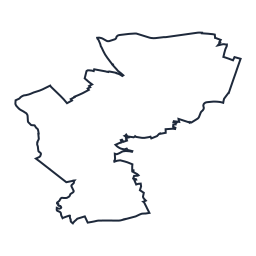 outline of Sint-Michielsgestel, Noord-Brabant, Netherlands
{"feature_id": "6326949B43570757330374", "entity_name": "Sint-Michielsgestel", "entity_type": "district", "adm_level": 2, "iso_a3": "NLD", "parent_name": "Netherlands", "parent_adm1": "Noord-Brabant", "projection": "natural_earth1", "projection_center": [5.374, 51.651], "detail": "fine", "context": "isolated", "style": "outline", "palette": "slate", "viewbox_px": 256, "rotation_deg": 0, "n_neighbors": 0, "source": "geoboundaries", "source_scale": "gbopen_adm2", "svg_char_len": 5503}
<svg xmlns="http://www.w3.org/2000/svg" viewBox="0 0 256 256"><path d="M125.9,219.0L135.7,216.4L139.7,214.5L141.5,213.8L142.0,213.7L142.9,213.6L145.6,213.5L146.4,213.4L149.4,212.9L146.7,207.6L146.6,207.3L146.4,206.9L144.1,202.4L143.6,201.9L143.3,201.7L143.8,201.5L145.8,200.6L143.7,198.4L143.0,196.9L143.0,196.6L143.8,192.8L139.9,190.2L141.1,186.4L140.7,183.6L139.3,183.8L139.2,183.7L138.5,183.8L136.7,184.3L136.2,184.5L134.2,179.8L136.2,179.6L136.1,179.3L133.2,178.5L134.1,175.9L137.7,175.7L138.5,175.3L138.0,174.8L137.2,174.1L132.5,171.6L132.8,171.2L133.0,171.0L133.5,170.8L133.5,170.3L132.2,170.2L132.2,166.5L132.4,164.3L127.4,162.3L124.8,161.5L120.2,160.3L117.4,160.7L115.1,161.4L114.4,161.7L114.2,161.0L114.7,160.5L114.9,159.2L115.1,159.0L114.9,155.9L114.8,153.7L116.4,154.2L117.2,154.1L119.5,153.1L122.4,151.5L123.2,151.3L125.8,151.0L129.8,151.3L132.0,151.8L132.3,151.1L130.2,150.6L127.6,150.0L126.7,148.6L124.4,149.4L122.0,148.9L120.6,148.5L119.4,147.9L118.1,147.1L116.9,146.2L115.5,144.8L119.9,142.8L120.0,142.9L121.6,142.4L121.7,142.2L120.8,140.1L122.0,139.7L122.9,141.0L123.4,141.8L126.9,140.6L126.2,139.4L126.6,139.3L126.1,138.0L127.4,137.7L127.2,137.6L124.7,135.9L125.2,135.7L125.3,135.6L126.2,134.6L127.4,136.4L128.7,136.6L133.7,137.3L135.1,136.4L135.2,136.2L135.5,136.4L135.8,136.7L136.0,136.9L141.6,137.8L143.0,137.9L144.2,137.9L145.5,137.7L149.0,137.1L150.5,136.7L151.3,138.4L157.0,136.1L159.2,133.8L160.1,133.4L160.3,133.8L165.7,132.8L165.6,129.2L173.0,128.7L175.1,129.0L175.4,127.8L174.0,127.2L173.9,127.1L173.3,127.1L173.2,127.0L173.1,126.2L173.2,125.8L173.3,124.5L175.6,124.4L175.5,123.8L176.8,122.5L173.5,122.1L173.8,121.2L179.2,121.9L178.6,119.6L178.5,118.9L188.3,122.1L188.5,122.0L189.7,122.8L190.1,122.0L191.4,122.5L197.7,118.6L198.4,117.9L198.9,117.2L200.6,112.9L200.9,112.2L201.5,111.5L202.9,110.2L203.1,109.8L203.5,109.2L203.7,108.7L203.8,107.8L203.3,105.7L203.5,104.7L203.8,104.0L204.2,103.5L204.7,103.1L205.4,102.6L206.1,102.4L207.0,102.2L213.2,101.6L215.0,101.6L217.1,101.7L219.3,101.9L221.1,102.2L223.2,102.8L223.6,100.6L224.1,98.7L228.6,92.7L228.8,92.8L233.1,80.3L235.6,73.2L236.6,70.3L236.6,70.2L240.6,58.8L234.5,57.1L233.0,60.3L228.8,58.7L223.8,57.0L223.4,56.9L224.3,53.0L225.4,49.1L225.8,48.2L226.7,46.3L226.9,44.9L226.7,44.8L226.7,44.5L226.3,44.6L224.1,44.2L223.2,44.2L222.0,44.4L217.8,45.4L220.2,42.4L219.4,42.0L220.7,39.9L215.4,37.9L215.1,37.9L214.8,34.6L212.8,34.2L207.7,33.7L201.9,33.3L202.0,32.7L200.1,32.6L198.8,32.6L197.5,32.7L166.1,37.1L164.7,37.2L164.2,37.1L155.5,38.1L153.6,38.2L151.2,38.0L149.7,37.7L136.5,33.6L135.8,33.5L135.2,33.5L129.0,33.9L119.7,35.0L118.7,35.2L117.7,35.6L117.4,35.9L116.8,36.4L116.4,37.1L116.2,38.0L116.0,38.3L115.5,38.9L114.8,39.3L109.2,41.1L108.1,41.2L107.2,41.1L106.5,40.8L102.6,38.6L101.7,38.2L100.5,37.9L99.4,37.7L98.4,37.7L97.2,37.8L97.4,38.6L98.5,39.9L99.8,42.9L100.1,43.6L100.5,44.9L100.8,46.2L101.6,47.5L103.4,51.3L105.1,54.5L107.4,57.9L109.8,61.1L112.0,64.0L112.7,64.2L112.9,64.4L112.5,64.8L115.3,67.9L116.6,69.3L117.9,70.9L119.7,72.3L120.4,72.8L123.3,75.3L122.3,76.0L121.4,75.4L120.1,74.6L118.7,73.9L116.4,73.2L116.4,72.9L116.1,72.8L109.4,71.5L108.8,71.6L108.4,71.6L108.3,72.0L106.6,71.7L105.6,71.4L94.2,69.3L93.7,71.1L91.8,70.6L90.8,70.5L88.7,70.3L87.5,70.4L87.2,70.7L86.7,70.9L86.5,71.1L84.7,78.4L88.9,82.0L92.1,84.4L89.1,86.0L90.2,87.2L87.7,88.5L88.8,89.9L82.6,93.2L78.4,95.1L74.5,96.7L74.7,97.1L70.8,99.1L72.0,100.5L67.0,103.2L63.6,99.2L60.5,96.0L51.2,87.0L50.5,86.2L50.2,85.6L42.5,89.4L39.6,90.6L33.6,92.5L30.6,93.8L28.6,94.5L26.5,95.0L26.3,95.1L24.7,95.3L23.6,95.5L22.1,96.2L20.6,97.2L19.5,98.4L19.1,98.7L15.6,100.3L15.4,103.2L15.4,103.7L15.6,104.6L16.1,105.4L16.2,105.7L18.9,108.7L19.1,108.7L19.7,109.3L20.6,109.9L23.9,111.7L24.2,112.0L25.9,113.0L26.4,113.4L27.0,114.3L27.4,115.0L27.6,115.9L27.9,121.1L28.1,121.9L28.3,122.2L30.9,124.8L31.1,125.0L32.0,125.2L34.3,125.3L34.6,125.4L34.7,125.5L35.5,126.8L36.1,127.7L37.6,129.0L37.9,129.6L38.2,130.7L38.7,133.6L38.3,133.7L38.8,138.8L38.6,139.5L37.3,142.1L37.5,142.3L37.2,143.3L37.2,144.0L37.2,144.6L37.6,145.8L37.8,146.3L38.2,149.7L38.5,151.3L39.0,151.8L40.0,152.5L40.5,152.9L40.9,153.6L40.9,154.2L40.3,156.0L39.8,156.6L39.1,157.1L35.9,158.6L40.3,161.9L66.3,182.2L73.1,180.8L73.2,180.6L74.5,180.5L74.1,181.0L74.0,181.3L73.9,181.6L73.9,182.6L73.8,182.9L73.6,183.2L71.9,184.9L71.7,185.0L71.5,185.3L71.4,185.7L71.4,186.1L71.5,186.4L72.8,189.1L73.1,189.8L73.6,190.7L73.7,191.1L73.6,191.5L73.4,191.9L73.3,192.1L72.8,192.5L70.5,194.0L70.2,194.5L69.7,195.8L69.3,196.4L68.9,196.7L67.2,197.7L66.7,197.9L65.8,198.0L64.0,198.0L62.1,197.8L61.5,197.9L61.1,198.2L60.6,198.6L59.8,200.0L59.5,200.6L58.7,201.4L57.3,202.4L57.0,202.9L57.0,203.4L57.1,203.6L57.3,203.7L58.0,203.7L58.4,204.1L58.4,204.4L58.2,205.2L58.2,205.4L58.5,205.7L58.8,205.8L60.3,206.0L60.8,206.5L61.2,207.3L61.2,207.5L61.1,207.8L60.5,208.3L59.5,208.6L59.0,208.7L57.9,208.4L56.8,207.9L56.7,209.8L56.8,210.1L57.0,210.5L57.3,210.8L59.8,211.9L60.2,212.2L60.6,212.6L60.8,213.0L61.1,214.7L61.3,215.6L62.2,217.3L62.5,218.0L62.6,217.9L62.7,218.0L66.4,216.6L69.4,215.6L69.9,215.7L69.9,217.6L70.1,218.3L70.5,219.1L70.6,219.3L70.6,219.7L70.7,219.9L70.6,220.0L70.7,220.4L70.7,221.1L70.9,221.5L71.0,221.8L71.6,222.2L72.6,223.3L72.8,223.4L72.9,223.2L73.2,222.8L74.3,221.5L75.6,220.3L75.8,220.2L77.3,218.7L84.8,216.4L87.7,222.6L91.3,222.0L94.4,221.4L97.0,220.8L98.4,220.6L108.6,220.5L114.3,220.6L117.3,220.6L118.9,220.6L120.5,220.4L124.1,219.5L124.0,219.3L125.8,218.9L125.9,219.0Z" fill="none" stroke="#1e293b" stroke-width="2"/></svg>